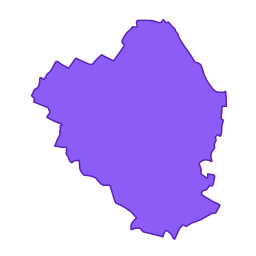 Tan An, Long An, Vietnam, rotated 92°
{"feature_id": "81297802B36271966780528", "entity_name": "Tan An", "entity_type": "district", "adm_level": 2, "iso_a3": "VNM", "parent_name": "Vietnam", "parent_adm1": "Long An", "projection": "albers", "projection_center": [106.404, 10.526], "detail": "fine", "context": "isolated", "style": "filled", "palette": "violet", "viewbox_px": 256, "rotation_deg": 92, "n_neighbors": 0, "source": "geoboundaries", "source_scale": "gbopen_adm2", "svg_char_len": 4834}
<svg xmlns="http://www.w3.org/2000/svg" viewBox="0 0 256 256"><g transform="rotate(92 128 128)"><path d="M229.5,121.3L229.0,120.1L228.2,117.7L227.9,115.9L227.6,113.7L227.6,113.3L227.9,112.5L228.5,111.8L229.2,111.2L231.1,109.3L231.6,107.7L232.3,103.9L234.1,95.4L235.0,91.4L235.5,89.3L233.9,89.0L231.8,88.2L230.3,87.4L229.3,86.5L229.2,85.8L229.5,85.0L230.3,84.1L231.6,82.2L233.6,80.4L236.3,79.0L236.8,78.6L237.3,77.6L237.3,77.4L234.1,76.1L229.0,74.1L226.4,72.7L223.9,70.8L223.2,69.9L223.1,69.0L223.3,68.4L224.1,67.1L224.2,66.4L224.1,66.0L222.1,63.1L220.3,60.0L218.8,56.0L217.1,52.4L215.8,50.0L213.3,45.9L210.5,41.3L210.3,40.2L210.3,38.7L209.8,37.7L208.8,36.7L207.1,36.0L204.8,34.6L203.3,34.0L201.5,33.6L201.4,33.6L201.0,34.9L199.8,37.4L198.7,40.4L196.9,43.4L194.3,48.4L192.8,50.9L192.1,51.8L191.4,52.3L190.8,52.2L190.3,52.1L190.2,52.1L188.8,51.5L188.1,50.7L187.6,49.5L187.2,47.9L186.6,47.2L185.7,46.4L184.2,45.5L183.0,44.8L182.8,44.3L182.8,43.6L182.9,42.3L182.7,41.5L181.0,41.0L178.2,40.4L177.3,40.2L174.4,39.7L173.3,39.7L172.5,40.0L172.0,40.5L171.7,42.3L171.2,44.7L171.2,46.7L172.9,46.7L174.5,46.8L175.2,47.1L174.8,48.3L173.8,49.8L171.8,52.8L170.7,53.5L169.5,53.6L167.3,53.5L165.7,53.8L164.9,54.1L162.8,55.2L161.6,55.6L160.6,55.4L159.1,54.1L157.9,52.1L157.7,51.5L157.1,50.1L157.1,48.7L157.4,46.6L157.8,45.1L158.4,44.2L158.5,43.4L158.0,43.0L157.1,43.1L155.8,43.9L153.8,44.1L151.7,44.1L150.0,43.9L148.0,42.9L145.9,41.4L144.9,40.8L143.7,40.7L142.6,41.2L141.7,41.2L140.2,40.8L138.4,40.1L137.9,39.7L136.6,39.6L135.7,39.9L134.9,40.3L134.3,40.3L133.4,40.0L132.5,39.3L131.8,38.4L131.6,37.9L132.7,36.4L133.0,35.7L132.5,35.2L131.8,34.9L130.5,34.7L127.8,34.3L125.2,34.3L123.7,34.4L121.6,34.1L118.1,33.2L117.2,33.0L116.6,33.4L116.2,33.9L115.6,35.1L113.2,35.2L108.7,34.9L104.7,34.8L103.1,34.7L102.9,32.2L102.8,30.6L101.2,30.6L98.6,30.7L94.4,31.0L90.8,31.4L88.2,31.7L89.1,34.8L89.1,36.6L89.1,38.8L88.6,41.2L87.6,42.9L86.1,44.5L81.2,48.4L78.2,50.5L75.4,52.2L73.2,53.3L71.3,54.0L68.8,54.9L66.0,55.9L64.9,56.3L62.9,57.2L61.6,58.3L60.7,59.9L60.4,60.9L60.1,63.0L59.3,63.6L56.2,65.8L50.3,69.9L44.2,74.6L40.2,77.4L36.6,79.8L34.7,80.6L33.1,81.2L31.8,81.9L30.8,82.9L29.8,83.6L28.5,84.1L27.2,84.8L25.9,86.2L24.5,87.8L23.4,88.9L21.7,90.3L20.8,91.4L21.0,91.7L21.1,92.3L21.2,92.9L21.2,93.9L21.0,94.2L20.7,94.6L20.2,95.0L19.2,95.6L18.7,96.3L18.7,96.6L18.9,97.0L19.5,97.4L21.2,98.6L21.5,99.1L21.6,99.6L21.6,100.2L21.4,101.7L20.6,104.2L20.1,106.2L19.8,109.4L19.8,112.8L19.9,116.6L19.9,119.3L20.0,119.8L20.0,120.6L20.0,121.4L20.1,121.7L20.3,122.3L20.7,122.8L21.3,123.0L22.0,123.1L22.7,123.2L23.6,123.0L25.0,122.5L25.7,122.3L26.1,122.4L26.6,122.7L26.8,123.0L26.8,123.7L26.9,124.4L26.9,125.5L26.8,126.3L26.7,127.0L28.1,128.1L29.1,128.7L30.0,129.5L31.9,131.6L34.6,133.7L36.8,135.0L38.7,136.0L40.8,136.9L41.9,136.9L43.4,136.5L44.2,135.4L44.6,135.0L45.0,134.8L45.7,134.7L46.2,135.0L50.2,137.3L55.2,140.6L60.4,144.0L61.2,144.5L61.0,145.5L58.2,152.0L56.4,155.7L55.8,156.8L57.3,158.6L61.5,162.6L65.3,165.6L65.8,166.5L65.8,167.4L65.5,169.3L64.6,171.3L63.4,174.7L62.2,177.6L60.5,181.3L60.3,182.4L60.2,182.7L61.2,183.5L65.6,186.3L70.3,189.5L66.9,196.4L64.2,200.4L63.9,201.8L64.6,202.6L66.3,203.6L69.5,205.1L72.0,206.4L74.3,207.8L75.2,208.8L76.5,210.2L78.2,211.4L80.1,212.3L81.7,213.1L82.2,213.8L82.3,214.0L82.1,214.4L81.7,214.9L80.8,216.5L80.9,217.5L81.6,217.9L83.3,217.8L86.3,218.1L88.6,218.6L90.7,219.6L91.7,220.9L92.2,221.9L92.8,222.6L93.5,223.2L94.9,223.7L97.1,224.5L98.6,225.4L99.2,225.4L101.3,223.0L101.8,222.7L102.0,222.6L105.3,222.9L110.4,208.6L112.7,207.8L113.8,206.9L114.3,206.6L115.6,206.7L117.5,208.1L119.4,209.3L120.0,209.3L120.8,208.3L122.9,203.8L124.1,200.9L125.4,197.5L125.8,195.6L126.5,194.4L127.0,194.1L127.5,194.4L127.7,195.2L128.2,195.6L128.7,195.8L129.7,195.8L130.6,195.7L131.4,195.5L131.9,195.5L132.6,195.7L133.7,196.1L134.4,196.1L135.3,195.9L135.9,195.8L136.8,195.8L137.4,196.0L139.0,196.7L142.3,198.3L145.4,199.3L148.2,200.4L148.6,200.5L148.9,197.7L149.2,195.7L149.4,194.1L149.7,193.0L149.5,191.5L149.4,190.5L149.8,189.0L150.5,188.3L151.1,188.3L152.8,188.7L155.4,189.0L156.2,188.7L157.0,188.2L158.0,187.3L159.4,186.5L161.6,185.7L163.3,184.8L164.1,184.0L164.5,183.3L164.4,182.4L163.5,181.7L162.6,180.5L162.4,179.9L162.4,178.4L162.1,175.6L165.7,175.3L170.3,174.7L171.9,174.2L173.2,173.4L176.3,170.9L176.5,170.3L176.8,169.4L176.8,168.1L177.0,165.8L177.3,163.7L178.1,160.6L178.8,159.0L179.5,158.1L181.6,156.3L184.5,153.4L185.7,151.5L186.0,150.7L186.1,149.5L185.9,147.7L185.9,145.5L185.9,144.5L186.3,144.0L187.0,143.5L188.4,143.2L192.3,141.8L197.8,139.9L201.3,138.7L202.3,138.2L202.9,137.9L203.7,137.0L204.4,135.4L205.1,133.4L206.0,131.2L207.6,128.3L209.4,125.5L211.4,122.2L212.8,120.8L214.8,118.9L216.0,117.8L217.3,116.3L219.6,118.3L222.2,120.3L223.9,121.2L225.6,121.5L227.7,121.6L229.5,121.3Z" fill="#8b5cf6" stroke="#5b21b6" stroke-width="1.5"/></g></svg>